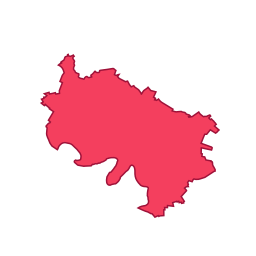 Thanh Oai, Ha Noi, Vietnam (Albers equal-area conic projection), rotated 311°
{"feature_id": "81297802B69083052749589", "entity_name": "Thanh Oai", "entity_type": "district", "adm_level": 2, "iso_a3": "VNM", "parent_name": "Vietnam", "parent_adm1": "Ha Noi", "projection": "albers", "projection_center": [105.783, 20.86], "detail": "fine", "context": "isolated", "style": "filled", "palette": "rose", "viewbox_px": 256, "rotation_deg": 311, "n_neighbors": 0, "source": "geoboundaries", "source_scale": "gbopen_adm2", "svg_char_len": 5750}
<svg xmlns="http://www.w3.org/2000/svg" viewBox="0 0 256 256"><g transform="rotate(311 128 128)"><path d="M74.3,188.1L75.4,192.0L76.6,195.6L77.7,198.2L78.4,201.5L79.1,202.4L78.4,206.8L81.7,208.3L81.5,209.3L82.5,209.6L85.4,212.5L89.7,208.7L90.5,209.5L92.0,207.8L93.8,210.0L95.4,208.7L98.8,213.7L101.0,210.7L104.7,212.9L104.4,213.6L106.0,214.4L105.2,215.6L106.9,216.8L106.3,217.9L108.0,219.2L108.7,218.4L109.6,218.6L111.2,213.1L119.1,213.3L119.4,212.7L119.7,210.1L121.3,210.4L122.1,210.7L123.4,212.0L124.1,210.6L125.0,210.6L125.9,208.8L128.2,208.5L129.5,211.6L131.8,211.0L132.0,211.2L132.8,211.2L133.7,212.9L135.6,214.9L137.4,216.1L141.2,218.4L152.0,221.5L152.6,222.0L153.8,221.0L154.2,219.9L154.8,218.4L155.2,217.1L155.8,216.0L156.1,215.6L157.1,214.7L157.7,213.8L157.2,212.7L157.7,212.3L155.0,207.8L156.5,204.8L155.9,204.0L155.1,202.3L157.2,201.0L156.7,200.0L161.0,196.4L161.5,197.0L166.2,205.5L167.2,205.1L168.3,204.5L168.4,204.2L168.4,203.5L164.4,193.2L169.1,191.5L173.6,190.0L174.9,191.5L180.6,191.3L181.6,197.5L183.5,197.9L184.6,197.8L185.5,198.0L186.2,198.0L186.2,192.0L187.7,192.0L188.6,192.2L189.0,190.8L189.1,189.5L189.4,188.1L189.4,186.7L189.6,185.0L189.5,184.9L188.6,184.9L188.4,184.8L188.4,184.4L188.6,182.4L191.2,182.6L191.4,181.9L191.5,181.2L189.8,180.3L188.8,179.9L188.2,179.6L187.7,179.0L186.8,178.0L186.3,177.8L186.1,177.5L186.0,177.0L185.9,175.0L185.9,173.2L186.0,172.6L186.2,171.7L186.5,170.9L178.8,169.0L176.1,166.9L176.2,166.3L178.0,166.8L178.0,165.6L176.7,162.8L177.0,162.0L177.0,160.7L175.7,158.5L175.4,157.3L173.4,155.3L171.8,153.8L171.1,152.6L169.9,150.1L171.7,149.6L169.5,136.8L169.4,135.3L169.5,133.9L169.9,132.0L168.9,131.8L168.3,131.6L167.4,131.2L167.3,130.9L167.3,130.6L167.3,130.2L167.6,130.0L166.9,129.6L168.0,129.0L168.4,128.9L168.0,127.1L173.6,125.4L171.2,120.5L171.9,116.4L170.4,116.3L168.1,115.7L167.2,115.5L166.5,115.4L165.8,115.4L164.2,115.6L162.5,115.9L162.4,115.7L162.5,115.4L162.9,114.9L163.8,110.9L163.3,106.2L163.7,104.6L161.2,103.4L161.7,100.6L163.1,96.9L161.2,95.6L161.2,95.2L159.6,88.7L160.0,86.4L162.5,86.1L162.0,85.7L160.2,84.7L159.9,84.4L159.7,84.0L159.4,82.8L163.5,81.1L163.4,80.6L163.4,79.0L163.4,78.3L163.1,77.7L162.8,77.4L158.6,73.9L154.3,70.1L153.5,69.4L152.9,69.0L152.6,69.0L151.8,69.6L151.4,69.7L150.9,69.6L150.2,69.0L149.6,68.3L149.2,67.6L149.1,67.1L149.3,66.3L149.2,65.9L148.7,65.7L147.8,65.9L145.6,65.8L144.5,65.6L144.0,65.4L143.6,65.4L143.4,65.5L143.1,65.8L142.9,66.9L142.7,67.1L142.4,66.9L141.3,66.1L140.7,65.7L140.4,65.4L140.2,65.1L140.0,64.6L139.9,63.2L139.6,62.9L138.8,62.5L137.8,62.4L137.1,62.4L136.5,62.7L136.2,62.7L135.9,62.6L135.6,62.2L135.4,61.3L134.8,60.4L134.3,59.4L134.0,58.4L133.9,57.5L134.1,57.0L134.4,56.7L135.6,56.3L136.5,55.5L136.6,55.2L136.5,54.9L136.0,54.0L135.7,52.6L135.5,52.2L135.5,51.9L136.2,50.4L136.4,49.0L136.5,48.5L137.4,47.7L138.2,47.2L138.9,46.9L139.8,46.7L140.1,46.6L140.4,46.3L140.8,45.4L141.5,44.7L141.9,44.4L142.1,44.4L143.1,44.0L143.5,43.5L144.3,40.8L144.7,40.4L145.0,40.2L145.3,40.1L146.8,40.3L146.9,39.8L147.1,38.9L146.8,38.9L146.7,38.7L145.1,38.0L144.3,37.5L143.4,35.9L144.3,34.6L143.7,34.3L142.8,35.2L140.7,34.0L139.7,34.1L137.9,34.9L137.2,35.0L135.9,34.7L134.0,34.2L133.6,34.2L133.5,35.2L132.8,35.0L132.2,34.7L131.3,34.4L129.8,34.2L130.0,34.9L130.3,36.5L130.2,38.3L130.0,39.3L129.6,40.4L129.3,41.1L128.4,42.5L128.0,43.3L127.8,43.6L124.6,43.9L118.5,46.1L119.2,48.7L111.1,51.7L109.2,53.6L106.3,51.3L107.0,50.0L104.3,48.1L102.2,46.4L102.6,45.7L103.1,45.0L99.0,42.4L99.2,45.5L97.2,45.4L96.0,44.2L95.2,45.1L93.0,43.8L92.1,46.9L90.6,46.5L89.9,46.2L89.9,47.2L90.0,49.9L90.2,50.4L91.5,50.1L91.5,53.7L91.6,55.9L90.9,56.0L91.5,61.1L81.6,62.9L81.6,65.5L81.2,65.6L80.7,65.6L79.5,65.0L78.7,64.9L75.8,64.9L75.2,65.4L75.3,65.9L75.3,66.3L74.9,66.9L74.3,67.4L73.7,67.8L70.4,70.2L69.4,71.3L68.0,73.7L67.5,74.9L65.4,79.0L64.5,82.4L65.3,88.9L66.4,88.7L67.4,88.3L68.6,87.9L69.3,87.8L71.1,87.8L72.7,88.1L73.7,88.5L74.7,89.2L75.6,90.0L76.2,91.0L78.0,94.1L78.3,94.9L78.6,95.9L78.7,97.0L78.5,100.8L78.4,103.6L77.9,106.3L77.7,107.6L77.5,108.5L76.5,110.4L75.7,111.2L74.6,112.0L73.5,112.7L72.9,112.8L72.1,112.5L71.5,112.1L70.6,111.3L69.8,110.7L69.7,110.5L69.6,109.7L69.2,109.4L68.1,109.2L67.8,109.3L67.3,109.6L67.0,110.2L67.0,111.7L67.0,114.2L67.2,114.8L70.2,119.8L70.8,120.3L75.3,125.0L75.7,125.1L76.6,125.0L77.2,125.0L78.0,126.0L78.8,126.3L79.5,126.7L79.9,127.1L80.3,127.7L80.9,128.3L82.0,128.7L83.0,129.7L83.3,129.9L84.2,130.1L85.1,130.5L85.9,131.1L87.1,131.6L88.0,131.9L88.7,132.1L89.1,132.3L89.4,132.3L89.7,132.3L90.3,132.1L90.6,132.1L91.1,132.3L93.0,133.5L93.9,134.2L94.8,135.0L95.3,135.6L96.5,136.9L96.9,137.6L97.2,138.2L97.5,139.3L97.4,140.4L97.3,140.9L97.0,141.3L96.6,141.7L96.1,141.9L95.2,142.1L94.6,142.5L93.9,142.7L93.4,143.1L92.4,143.3L91.6,143.6L91.3,143.7L89.9,143.7L87.6,144.0L84.3,144.1L83.3,144.0L83.1,143.9L82.6,143.4L82.4,143.3L82.1,143.3L80.9,143.5L77.3,144.2L74.7,145.9L73.2,147.4L72.9,147.8L72.5,148.4L72.3,149.0L72.2,149.6L72.2,150.5L72.6,151.3L72.9,151.7L73.1,152.0L73.5,152.2L74.9,152.9L75.7,153.5L76.9,154.4L77.6,155.1L78.3,155.4L80.5,155.7L82.1,155.7L84.3,155.3L84.9,155.1L85.4,154.8L85.7,154.6L86.1,154.5L89.6,154.8L93.8,155.0L95.5,155.4L96.5,155.5L97.9,155.3L100.5,154.7L101.0,154.7L102.1,154.9L102.4,155.2L102.8,156.0L102.9,156.7L102.8,157.5L102.5,158.5L102.2,159.0L101.4,160.1L100.4,161.2L97.8,163.5L96.2,165.3L95.1,167.0L94.5,168.3L94.2,169.1L93.5,171.8L93.3,173.6L93.1,175.0L93.2,175.5L93.5,176.8L94.3,178.4L95.6,180.1L96.0,180.9L96.2,181.7L96.2,182.4L95.9,182.8L93.4,184.2L91.3,185.6L90.8,186.1L89.8,186.8L89.5,187.2L88.9,188.4L88.5,188.9L87.5,189.8L86.5,191.3L85.9,191.8L84.8,192.5L84.1,192.7L83.0,192.7L82.2,192.5L81.2,192.2L80.2,191.5L79.4,190.8L77.8,189.6L76.1,188.7L74.3,188.1Z" fill="#f43f5e" stroke="#9f1239" stroke-width="1.5"/></g></svg>